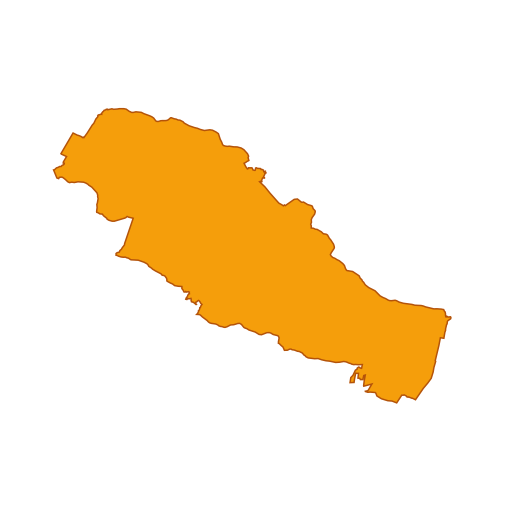 Dragotesti, Gorj, Romania, rotated 163°
{"feature_id": "2599482B98369166749255", "entity_name": "Dragotesti", "entity_type": "district", "adm_level": 2, "iso_a3": "ROU", "parent_name": "Romania", "parent_adm1": "Gorj", "projection": "natural_earth1", "projection_center": [23.147, 44.809], "detail": "fine", "context": "isolated", "style": "filled", "palette": "amber", "viewbox_px": 512, "rotation_deg": 163, "n_neighbors": 0, "source": "geoboundaries", "source_scale": "gbopen_adm2", "svg_char_len": 6118}
<svg xmlns="http://www.w3.org/2000/svg" viewBox="0 0 512 512"><g transform="rotate(163 256 256)"><path d="M423.6,388.8L422.1,387.7L421.1,388.7L419.2,388.4L418.2,387.9L417.5,387.2L415.8,384.7L414.3,382.0L412.9,380.7L410.6,380.5L408.3,379.4L404.5,379.0L399.3,377.0L397.5,375.6L395.8,373.8L395.2,372.6L392.9,369.9L389.8,363.3L389.6,362.6L389.6,360.4L390.1,359.0L390.2,357.1L392.2,353.1L393.1,351.9L393.8,348.7L395.4,345.2L395.5,344.3L394.2,343.4L393.1,342.0L390.6,340.9L390.3,339.7L389.8,338.7L387.7,335.7L387.6,334.7L386.1,333.1L383.3,331.3L381.2,330.7L370.8,330.6L369.4,330.7L367.7,331.5L366.5,330.4L362.4,328.0L378.0,306.3L378.6,305.0L381.4,303.1L382.7,301.8L384.6,301.0L385.5,299.7L387.9,299.8L389.1,299.3L389.6,297.6L388.7,297.2L387.5,296.0L385.3,294.5L383.2,293.6L381.2,293.1L380.4,292.3L378.5,291.1L377.1,289.3L376.6,288.9L369.8,286.4L364.9,282.8L362.8,280.7L362.0,279.6L361.5,277.4L359.5,275.0L358.8,273.7L356.5,271.1L352.8,267.5L351.9,266.5L351.4,265.1L349.7,264.2L349.0,263.5L348.1,261.0L348.1,259.7L348.5,258.3L348.4,257.9L345.7,255.1L344.0,253.7L342.5,251.5L339.2,249.8L335.8,248.5L336.4,246.5L335.7,244.7L335.4,242.7L334.3,242.2L333.5,242.6L333.0,241.8L331.1,241.7L330.3,240.9L330.8,240.2L330.7,239.4L331.5,239.3L332.8,238.4L333.0,237.8L335.1,236.1L335.8,235.2L335.5,235.0L335.3,235.4L335.1,234.8L334.7,234.7L334.6,235.4L334.0,235.5L333.0,234.8L331.7,234.5L330.6,234.5L330.6,233.5L331.0,232.8L331.1,231.1L329.4,230.0L327.5,227.1L327.1,227.2L327.7,228.4L327.2,229.4L326.3,229.4L324.7,230.2L323.8,230.3L323.1,228.9L322.6,226.8L321.8,225.5L323.4,224.3L324.1,223.2L324.9,223.0L325.1,222.3L326.2,220.8L327.1,220.4L327.2,219.7L328.6,218.2L329.8,217.5L327.4,216.6L326.5,215.9L325.1,213.4L321.6,208.6L320.8,206.9L319.9,205.7L318.5,204.7L314.5,202.8L312.8,201.4L312.0,200.1L310.5,199.0L309.1,198.4L307.3,197.1L306.4,196.8L304.4,196.8L300.5,197.5L297.4,196.8L293.2,196.8L291.2,196.3L289.9,194.8L288.5,191.3L287.9,190.6L285.9,189.1L284.4,187.3L279.1,183.6L276.0,180.1L273.8,179.1L268.0,179.5L265.6,178.8L264.5,178.1L262.5,175.9L258.4,173.4L258.0,172.5L257.8,171.0L259.6,167.5L260.1,166.0L259.4,165.5L258.2,163.2L256.8,161.0L256.4,157.5L253.4,156.7L251.3,157.1L249.8,156.8L248.9,155.8L246.9,154.9L244.2,152.8L242.5,152.0L240.1,149.7L239.0,147.1L238.3,146.5L237.7,145.1L235.9,143.3L229.9,140.6L226.6,139.8L223.6,137.6L219.8,135.4L216.3,133.9L210.9,130.9L207.1,130.0L203.0,129.5L200.7,128.4L198.4,126.4L196.8,125.4L196.1,124.6L194.2,123.5L192.6,123.2L189.9,122.1L186.0,121.1L187.9,117.7L188.3,117.8L189.2,118.5L189.3,119.1L190.4,119.8L192.1,119.1L192.2,118.4L192.5,118.2L194.3,117.8L198.2,113.5L200.9,112.0L203.1,107.4L199.2,106.4L197.8,109.4L195.0,114.7L192.3,113.8L194.2,109.4L192.6,108.7L192.3,107.3L190.0,106.6L187.9,110.2L186.3,110.2L189.0,105.0L191.0,100.5L191.0,100.0L182.6,99.7L187.8,94.9L188.8,94.5L191.0,94.7L191.0,94.4L188.9,93.0L186.6,92.5L181.9,90.6L181.5,89.8L181.3,86.8L177.8,82.8L172.3,79.1L168.3,77.5L164.4,74.4L157.3,80.3L155.9,79.8L155.0,79.9L153.2,78.2L152.9,77.2L152.3,77.0L151.9,76.5L151.3,76.6L148.5,74.4L147.9,74.2L145.5,71.9L134.7,80.5L129.0,84.2L124.2,87.8L120.5,93.3L118.5,97.3L115.0,102.7L115.2,103.5L107.3,116.9L103.6,123.9L100.4,122.4L97.7,127.8L96.4,129.6L96.0,130.9L93.8,134.7L93.1,135.2L92.2,137.3L91.5,138.0L88.3,139.0L87.7,139.8L87.6,140.5L87.8,141.0L90.3,141.5L91.1,142.6L91.8,142.1L92.3,142.4L92.0,143.1L92.2,143.5L91.7,145.3L91.5,147.1L92.0,148.2L92.2,149.9L94.5,151.1L97.9,152.4L101.5,153.5L108.8,157.8L110.4,159.1L112.4,160.3L118.5,162.5L121.0,164.1L128.9,167.7L132.6,170.1L134.6,172.1L135.9,173.0L139.4,173.6L141.1,174.2L142.3,175.0L144.5,177.4L146.7,179.2L149.0,181.6L152.3,187.9L157.4,192.8L159.7,196.1L160.1,196.9L160.7,199.3L161.6,200.9L161.7,202.3L162.9,204.5L163.1,206.7L163.8,207.7L168.1,212.9L173.1,215.4L173.6,215.9L174.1,217.9L174.2,221.1L175.2,223.4L177.9,227.3L179.5,228.7L181.3,230.8L183.1,232.2L184.3,234.4L184.5,235.6L183.0,237.2L179.2,240.3L178.6,241.2L178.4,242.3L178.4,244.6L179.9,249.8L180.7,251.5L181.4,254.9L181.8,255.6L182.5,256.3L185.1,257.6L186.5,260.1L189.8,263.6L191.5,264.3L192.9,265.7L195.0,266.6L194.3,268.7L194.4,270.4L193.1,272.0L192.5,274.6L191.1,276.3L187.7,278.9L186.4,281.0L186.3,282.1L187.5,284.5L187.6,287.2L188.5,288.1L191.6,290.1L194.8,293.7L196.4,293.9L196.9,294.3L199.7,298.4L202.9,299.0L213.3,295.6L213.9,296.5L215.2,296.0L216.2,297.3L218.7,299.9L224.3,312.1L227.3,319.6L230.9,326.0L229.8,326.1L229.4,326.0L229.1,325.4L228.6,325.4L228.4,326.8L227.0,328.6L226.1,328.9L225.6,328.1L225.1,328.1L225.0,328.5L225.5,329.4L225.5,329.7L223.6,331.7L223.5,332.3L222.2,332.5L222.1,333.1L222.9,333.6L222.5,334.3L223.9,334.3L223.8,335.9L224.4,336.7L225.9,337.3L225.9,338.0L226.1,338.3L229.0,339.4L230.0,340.3L230.7,340.2L231.4,338.6L231.8,338.2L232.6,338.4L233.8,339.3L233.8,340.5L234.1,341.5L237.4,342.5L237.9,341.9L238.8,341.8L239.7,344.6L240.3,348.2L238.3,348.5L237.6,348.9L234.9,349.4L234.8,352.4L234.0,353.4L233.9,353.8L234.2,356.2L236.5,361.2L238.6,363.6L242.1,365.8L245.4,366.9L249.3,368.8L251.3,369.2L253.1,370.0L254.8,371.2L255.4,372.4L255.5,374.8L256.1,378.1L256.2,384.0L258.0,386.3L260.8,389.0L263.3,390.2L268.7,391.1L272.4,393.4L274.6,395.2L277.3,396.8L281.9,400.1L285.7,404.0L286.5,405.7L289.1,408.2L290.7,408.8L292.4,410.3L293.9,411.0L296.6,413.0L297.4,413.1L299.8,412.0L301.2,411.7L302.8,411.9L307.3,413.2L309.9,413.2L311.3,413.6L311.9,414.0L312.4,414.7L313.5,417.8L314.9,419.6L316.7,421.2L321.5,424.8L323.7,426.9L328.7,429.0L331.5,429.2L333.0,429.7L335.0,431.5L337.2,434.4L339.3,435.5L343.4,436.8L345.7,437.1L349.2,437.9L350.8,438.9L354.9,439.2L355.1,439.3L355.1,439.8L356.3,440.1L356.8,439.7L358.7,439.7L359.5,439.0L360.6,438.6L361.1,438.0L361.7,437.8L362.2,437.2L362.2,436.6L363.4,437.0L364.1,436.8L365.6,437.0L366.4,436.3L366.4,435.7L366.7,435.3L369.0,433.9L372.3,430.3L374.3,429.1L381.5,422.9L386.0,419.5L386.5,420.2L387.1,419.9L388.5,421.6L390.5,423.2L391.3,423.6L395.0,427.1L412.6,410.9L412.4,410.4L408.1,406.5L412.7,402.3L413.2,401.3L412.2,400.8L412.5,400.1L413.5,399.5L414.9,399.4L416.1,398.6L417.5,399.0L419.6,398.6L421.1,398.6L423.5,397.4L424.4,397.5L423.6,388.8Z" fill="#f59e0b" stroke="#b45309" stroke-width="1.5"/></g></svg>